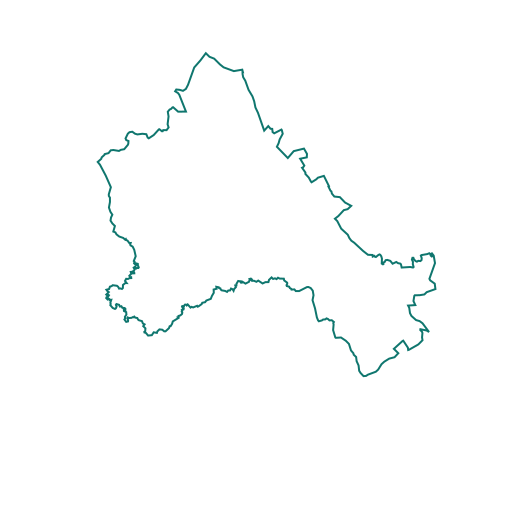 outline of Baranoa, Atlántico, Colombia, rotated 310°
{"feature_id": "7082276B40558284352114", "entity_name": "Baranoa", "entity_type": "district", "adm_level": 2, "iso_a3": "COL", "parent_name": "Colombia", "parent_adm1": "Atlántico", "projection": "robinson", "projection_center": [-74.921, 10.782], "detail": "fine", "context": "isolated", "style": "outline", "palette": "teal", "viewbox_px": 512, "rotation_deg": 310, "n_neighbors": 0, "source": "geoboundaries", "source_scale": "gbopen_adm2", "svg_char_len": 6118}
<svg xmlns="http://www.w3.org/2000/svg" viewBox="0 0 512 512"><g transform="rotate(310 256 256)"><path d="M230.9,75.0L226.3,74.3L225.6,77.9L221.0,89.2L215.4,100.6L208.6,103.6L207.4,104.7L206.8,106.6L203.5,109.4L198.6,112.2L196.3,116.0L195.3,119.4L192.3,120.2L189.6,121.8L188.6,125.0L188.3,128.6L183.0,131.0L183.7,133.1L182.9,135.2L183.0,138.7L184.5,142.7L184.4,145.3L185.3,145.4L184.8,146.4L185.2,147.6L184.5,150.6L185.4,151.6L184.1,152.1L183.5,153.0L183.9,155.5L182.5,158.7L178.5,164.0L173.6,165.6L173.6,166.6L172.0,167.3L171.9,169.3L173.1,168.5L174.0,170.5L173.7,170.8L172.7,170.0L172.6,172.2L171.9,173.5L171.2,173.6L170.2,172.5L169.2,172.2L168.9,171.5L170.0,170.7L169.8,170.1L168.4,169.8L167.8,171.6L166.3,172.0L164.8,171.4L165.0,173.4L164.5,173.9L163.2,172.5L163.9,172.3L164.1,171.1L163.3,170.3L162.9,170.9L163.4,171.3L162.7,171.9L159.4,171.7L158.7,174.0L159.3,174.2L158.9,174.6L157.7,173.3L156.1,172.7L155.1,171.2L152.7,171.7L152.1,174.3L151.3,173.3L148.3,172.7L145.9,174.6L144.6,174.5L143.9,172.8L143.0,172.1L143.8,170.2L143.8,168.6L141.5,165.0L140.2,164.8L138.6,163.8L136.3,164.7L134.0,163.1L133.6,164.7L133.7,166.4L130.2,166.1L130.2,166.8L131.2,166.7L131.4,168.6L129.7,168.8L128.4,168.0L127.5,168.3L127.3,170.2L128.5,170.3L128.8,171.4L128.1,172.2L129.4,173.3L126.5,174.5L125.9,175.5L124.7,176.0L124.1,179.6L124.8,182.0L125.8,182.3L127.7,181.7L128.5,180.1L129.5,180.0L130.6,182.5L129.8,184.3L131.0,185.2L130.4,186.9L131.7,188.8L131.6,189.9L130.7,190.6L129.9,189.3L129.0,190.2L129.6,192.6L127.8,194.4L125.1,194.7L124.1,195.9L122.8,196.0L122.1,198.9L123.6,200.0L124.5,199.4L125.8,197.3L126.5,197.2L126.7,198.4L128.6,200.4L130.0,200.9L130.4,201.7L131.3,201.7L131.2,203.2L132.2,204.9L131.5,206.5L131.5,207.5L132.8,210.5L131.6,212.7L132.0,214.6L129.8,214.7L129.5,217.8L127.1,219.5L126.1,219.2L125.7,219.7L126.3,221.1L125.7,224.5L128.4,227.1L131.8,226.7L133.4,229.5L134.8,228.9L137.7,229.2L139.3,231.6L139.3,234.1L140.1,235.1L144.8,235.7L146.7,235.0L147.4,235.7L150.2,235.3L152.4,234.3L158.6,236.4L158.8,235.4L159.6,235.9L160.3,235.2L161.8,236.2L163.9,236.6L165.2,236.0L165.6,234.9L166.4,234.8L167.0,233.8L167.9,234.0L168.4,234.8L169.1,234.6L169.2,233.8L170.5,233.4L170.3,232.7L169.5,232.4L169.6,231.9L170.2,231.7L171.2,232.8L173.2,232.9L173.8,233.7L173.6,234.7L175.0,234.8L174.4,239.0L175.6,239.3L176.2,240.9L180.0,242.9L179.7,243.9L180.4,244.3L184.2,245.3L185.6,244.9L187.9,246.7L190.0,246.6L194.1,248.9L197.1,247.9L200.7,247.3L203.1,245.1L205.6,246.9L206.9,245.4L208.1,247.6L207.7,248.3L208.3,249.5L207.7,250.4L207.6,251.7L209.4,254.8L209.9,256.9L211.7,256.9L213.0,258.3L215.0,257.8L215.5,259.4L214.9,261.2L216.7,260.5L219.2,260.6L220.1,259.1L220.9,259.9L222.2,258.9L225.4,258.4L226.3,259.9L225.9,261.6L226.3,262.1L227.2,261.2L227.5,261.7L228.1,265.7L231.7,267.2L234.0,266.3L234.2,265.8L235.4,266.6L235.4,267.9L234.4,268.3L234.4,268.9L235.7,270.3L236.5,272.9L238.6,273.5L239.2,278.7L242.0,280.0L244.0,282.3L246.1,281.3L249.6,281.7L249.4,283.8L251.1,284.9L251.5,286.6L253.5,286.8L253.9,288.6L256.5,291.9L255.4,293.3L255.6,297.0L254.8,297.8L253.3,298.1L252.8,298.9L253.8,301.1L253.2,302.6L253.5,304.2L253.1,304.8L255.1,306.9L254.7,309.0L256.9,311.6L264.9,315.0L265.9,316.0L266.6,318.5L265.9,321.8L262.9,325.3L258.5,327.7L253.8,334.9L248.1,342.1L246.6,344.9L246.4,346.1L249.0,347.9L250.4,348.2L252.1,349.9L253.5,350.1L254.0,351.6L253.9,353.7L255.5,355.3L255.5,358.1L254.3,358.3L253.4,359.5L248.8,362.7L244.6,369.1L244.6,369.7L248.2,373.5L248.8,379.3L248.4,383.7L244.7,389.5L244.1,393.1L243.2,394.3L243.0,397.6L240.1,400.7L238.1,404.9L234.4,408.8L233.6,411.3L233.1,415.6L234.9,417.4L237.0,418.0L244.4,422.2L247.5,422.6L253.8,421.7L257.5,422.2L263.0,424.0L267.5,427.2L273.0,427.5L273.5,421.3L285.1,422.9L285.8,423.2L283.4,431.3L281.8,433.0L282.6,433.5L292.6,437.2L298.5,437.7L300.4,435.5L304.0,433.0L304.7,431.8L304.9,429.4L305.6,429.0L308.6,434.6L309.0,437.4L311.5,426.8L311.3,423.2L309.8,419.8L310.0,413.6L311.2,410.7L314.8,406.7L315.8,404.4L320.8,409.6L322.7,405.6L327.2,402.9L328.0,402.9L331.1,406.5L334.8,409.7L338.0,410.0L346.0,414.7L349.7,410.7L349.3,405.1L350.0,403.5L365.6,397.7L370.5,391.9L371.3,388.2L370.3,390.4L369.2,391.2L368.6,391.0L368.6,389.7L369.5,388.0L369.5,387.0L367.6,386.0L363.1,382.2L362.3,382.0L360.9,384.3L359.3,385.4L357.8,385.2L356.6,383.4L355.1,382.9L354.7,381.4L355.0,379.1L355.8,377.7L355.2,377.0L353.5,377.7L352.4,380.0L350.6,381.3L348.9,383.8L348.1,383.7L346.7,381.2L340.8,375.0L342.8,372.4L342.9,371.4L341.8,369.4L341.6,367.3L337.9,365.6L338.6,362.0L337.4,359.1L336.1,358.0L334.2,358.4L332.8,357.7L331.8,358.8L331.2,358.6L331.0,357.2L334.9,354.2L336.3,352.2L336.8,350.4L336.6,349.6L335.5,349.1L332.3,348.5L331.9,347.6L332.2,346.6L330.6,345.8L331.7,344.6L328.9,341.0L328.7,334.7L329.3,322.7L329.0,319.2L329.7,316.1L331.3,312.6L331.7,303.7L335.0,295.8L335.3,292.5L339.5,293.4L347.6,293.8L350.8,296.1L355.6,296.7L354.2,289.9L355.0,282.4L351.9,277.8L352.6,274.0L353.9,272.3L353.9,271.0L355.8,266.8L356.4,267.0L361.0,256.5L355.8,253.1L353.5,252.9L348.2,251.2L348.3,250.3L350.0,246.0L350.6,241.1L351.7,240.2L353.2,234.6L354.2,235.1L356.3,234.9L358.9,227.3L364.2,231.5L367.0,229.4L369.1,223.7L360.6,217.5L351.5,217.4L353.1,201.8L357.0,200.8L360.5,199.2L366.8,197.9L369.0,194.9L369.2,194.2L361.7,191.1L361.6,189.1L363.8,186.7L362.8,185.3L363.4,181.9L357.3,181.7L367.0,165.4L369.4,160.1L373.4,155.1L376.0,150.7L378.5,143.5L383.4,135.1L384.7,131.3L386.7,128.8L388.6,127.1L388.7,127.4L389.9,125.7L383.4,120.2L379.7,109.9L379.6,105.3L380.3,97.1L378.7,92.3L379.1,87.2L370.1,87.7L360.7,87.5L343.4,93.9L338.9,94.9L335.6,93.9L334.2,90.7L332.3,87.9L330.2,88.2L330.7,91.5L330.2,93.6L321.6,109.5L316.5,103.6L316.7,96.9L316.2,96.5L314.1,96.4L312.7,95.7L309.8,95.7L306.7,99.3L300.1,103.6L298.3,106.4L294.9,106.6L292.8,104.0L291.6,104.3L291.1,103.8L291.0,100.5L290.6,100.2L282.9,99.9L277.2,98.2L277.1,96.9L278.8,93.7L276.6,90.4L272.9,87.0L271.9,84.7L271.7,81.4L269.5,79.5L267.3,79.2L262.2,80.5L261.4,82.1L262.1,84.4L259.9,86.0L258.7,86.4L253.1,86.4L250.4,84.2L248.4,83.5L245.5,78.6L243.6,76.8L240.0,76.9L236.8,74.6L236.0,74.9L232.4,74.4L230.9,75.0Z" fill="none" stroke="#0f766e" stroke-width="2"/></g></svg>